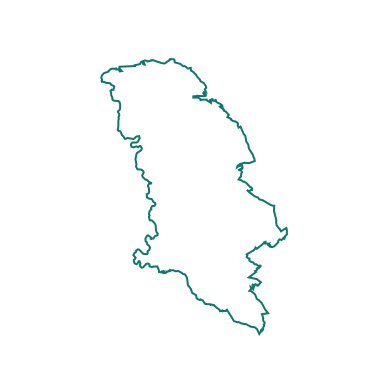 Corcova, Mehedinti, Romania (orthographic projection), rotated 222°
{"feature_id": "2599482B52479565944314", "entity_name": "Corcova", "entity_type": "district", "adm_level": 2, "iso_a3": "ROU", "parent_name": "Romania", "parent_adm1": "Mehedinti", "projection": "orthographic", "projection_center": [23.061, 44.685], "detail": "fine", "context": "isolated", "style": "outline", "palette": "teal", "viewbox_px": 384, "rotation_deg": 222, "n_neighbors": 0, "source": "geoboundaries", "source_scale": "gbopen_adm2", "svg_char_len": 6064}
<svg xmlns="http://www.w3.org/2000/svg" viewBox="0 0 384 384"><g transform="rotate(222 192 192)"><path d="M293.4,278.4L294.5,278.3L297.2,276.1L297.4,275.6L296.8,274.8L297.6,272.8L298.0,270.1L298.5,269.0L300.8,267.5L309.5,263.7L309.8,262.8L310.6,262.5L310.8,261.5L312.4,259.2L313.2,259.3L315.0,258.3L315.9,256.6L312.4,255.0L313.0,254.5L314.0,254.5L316.3,255.4L316.6,255.2L316.9,254.8L316.4,252.0L319.4,247.9L318.7,247.4L329.7,236.6L328.8,235.3L325.1,234.9L326.4,233.3L328.7,234.0L330.3,232.4L331.1,233.0L332.4,231.3L333.3,230.8L334.5,229.4L335.0,226.3L334.8,225.2L336.9,221.6L337.0,218.4L336.0,216.4L333.8,215.1L333.6,214.2L332.8,213.6L331.0,215.0L328.9,215.6L325.8,218.0L323.4,217.6L321.5,218.4L320.3,218.4L318.8,215.3L320.2,214.3L320.2,212.5L318.8,211.8L316.8,209.9L314.2,208.7L313.0,207.5L311.5,207.4L307.3,210.4L306.0,210.3L304.2,209.2L301.0,205.6L300.7,204.3L301.0,202.5L300.8,202.0L298.3,201.2L297.4,200.4L296.5,198.2L295.2,197.3L294.8,196.2L290.6,191.4L288.7,188.4L287.4,188.3L285.8,189.1L282.1,187.5L280.1,187.4L277.4,186.6L276.8,187.3L276.1,189.0L270.9,192.2L270.4,196.1L268.7,198.1L266.8,196.9L265.9,192.9L266.3,191.7L269.5,188.8L269.6,187.6L269.0,186.3L267.4,185.2L266.6,185.3L265.1,186.3L263.9,188.7L262.0,189.3L261.7,191.1L261.1,191.7L258.8,191.1L258.2,190.5L257.8,188.7L258.9,184.2L258.8,183.3L256.0,178.6L251.5,175.1L250.6,173.4L247.8,172.4L244.5,174.8L242.1,174.9L240.9,174.1L240.2,171.1L238.8,170.2L235.3,170.0L233.1,170.9L231.3,170.7L228.3,171.4L228.1,170.9L229.4,169.7L229.1,167.5L228.4,166.7L227.1,166.3L224.3,163.9L223.4,162.1L224.1,160.0L222.0,157.9L219.9,158.1L217.2,159.8L213.8,158.8L212.3,159.2L211.2,158.7L210.7,158.0L210.6,156.8L210.9,156.1L212.2,155.1L211.8,153.0L211.6,152.5L210.7,152.1L210.8,149.8L209.6,147.3L209.3,146.8L207.9,146.3L207.4,144.8L204.4,142.7L202.9,144.0L199.4,143.9L197.5,143.3L195.9,142.2L193.5,139.7L191.3,138.4L189.6,138.2L188.8,136.8L190.0,134.3L189.5,131.6L190.5,130.8L190.8,129.8L191.4,129.6L192.0,130.6L192.8,130.7L195.6,130.4L196.1,129.7L195.5,126.3L193.7,124.5L191.5,124.2L190.4,123.2L188.2,123.3L186.0,122.6L185.0,120.5L185.3,118.1L183.9,116.8L183.8,116.0L184.6,115.0L186.6,113.5L192.3,113.8L193.2,113.7L194.0,112.9L194.3,111.0L193.5,110.2L193.9,108.3L193.2,105.8L189.9,105.4L189.5,103.8L189.8,102.5L188.2,101.2L186.9,100.6L184.9,101.2L184.6,102.2L185.3,104.8L184.7,105.4L182.8,104.7L181.8,103.0L180.6,102.0L178.9,102.0L177.9,103.3L177.9,107.8L177.3,108.9L176.1,109.7L175.1,109.7L173.9,108.3L171.3,109.5L171.0,110.6L167.9,113.5L164.3,111.7L163.0,110.5L160.8,111.9L161.3,112.7L160.1,114.3L158.8,113.7L159.1,113.1L159.6,113.2L160.0,112.7L159.8,112.4L158.9,112.7L157.5,114.1L157.3,115.2L157.7,115.7L157.2,115.8L156.4,117.3L156.6,117.7L155.7,118.0L155.5,118.5L156.1,119.4L155.0,119.9L153.7,121.2L151.2,122.1L149.3,124.1L145.6,125.1L143.8,125.1L142.4,126.0L140.7,125.8L138.1,124.7L132.6,120.0L128.0,119.2L124.3,117.1L120.0,118.1L117.8,116.4L116.5,116.1L113.8,117.0L113.8,117.9L111.3,118.6L107.9,117.7L107.0,117.8L103.1,120.9L102.6,120.6L102.0,121.6L100.4,122.0L100.1,122.7L97.9,122.4L92.7,122.9L91.4,122.2L90.7,122.9L90.3,124.2L89.4,123.9L89.0,124.6L87.2,126.1L86.9,127.3L87.4,127.6L87.3,127.9L74.4,124.2L70.9,125.6L70.2,126.6L67.6,127.3L64.5,129.0L64.0,129.8L58.3,131.2L54.4,133.6L51.6,133.5L47.0,131.5L47.5,134.9L48.2,135.3L48.2,136.2L47.0,135.8L47.1,137.0L47.5,137.1L47.6,137.9L48.6,139.2L48.8,140.9L50.0,141.5L49.9,142.7L50.9,143.6L52.8,143.9L55.2,146.2L58.3,148.1L54.3,152.8L59.6,153.8L65.7,156.1L69.7,156.3L72.4,156.0L76.6,158.1L81.6,158.0L83.1,157.0L83.2,159.7L84.6,160.6L81.4,160.7L82.6,162.4L84.7,163.1L84.8,163.7L84.2,163.6L84.3,164.1L83.9,164.4L82.9,164.1L83.1,164.6L82.9,165.1L83.3,165.4L83.1,166.0L81.4,166.5L80.8,166.1L80.3,166.6L80.4,171.0L85.6,170.6L92.6,166.6L90.9,175.4L92.2,175.5L91.6,176.8L91.8,178.0L92.6,178.4L92.5,179.3L91.8,179.4L91.4,180.7L91.4,182.8L91.8,183.1L92.3,182.8L92.8,181.5L95.7,181.3L97.2,180.2L99.6,180.6L101.4,179.6L103.5,179.4L104.8,181.0L106.1,180.3L107.9,180.3L108.6,182.1L109.6,182.3L107.4,189.1L107.1,191.3L107.6,193.3L105.8,193.2L104.4,202.1L104.8,202.6L104.3,203.9L104.1,204.2L103.8,203.9L103.9,203.4L103.0,202.7L101.9,203.8L100.6,204.5L100.3,205.1L100.1,204.2L99.9,204.3L99.5,203.5L99.1,203.6L98.9,204.7L98.2,204.8L98.0,204.7L98.0,203.6L97.4,203.5L95.5,204.8L94.5,206.7L94.3,211.7L94.5,212.7L95.2,213.3L95.3,215.4L93.4,216.2L93.1,217.5L93.4,219.1L92.1,219.1L93.3,221.7L93.1,223.9L95.8,227.0L97.8,228.4L99.6,222.3L102.3,223.3L102.8,223.1L107.0,224.0L109.4,226.0L110.3,227.3L118.3,232.7L121.7,236.8L123.0,235.8L124.8,235.1L134.2,233.1L136.9,231.6L139.2,232.0L142.7,230.7L151.1,230.1L152.5,230.3L150.4,230.7L149.8,231.4L149.7,233.0L148.8,233.8L149.5,234.7L150.9,235.1L152.1,234.6L157.7,235.1L160.1,234.6L160.6,234.0L163.3,233.7L165.7,232.5L166.1,234.6L165.9,236.1L167.9,238.9L168.0,239.9L168.7,240.5L171.0,240.8L171.5,239.7L171.9,239.8L171.3,241.6L170.3,242.6L170.2,243.1L170.9,243.4L170.8,244.1L172.4,245.2L174.7,242.5L175.0,240.6L175.6,241.7L175.3,244.2L172.8,248.6L168.8,251.8L166.1,257.0L168.2,258.7L169.3,258.9L171.7,260.4L177.9,262.1L179.4,262.8L181.7,264.8L185.6,265.9L190.0,269.4L192.3,269.6L199.7,273.0L200.5,271.0L202.9,272.3L203.4,273.4L204.7,273.9L206.5,273.6L209.3,272.2L211.5,271.8L212.0,272.5L215.8,271.3L216.2,273.9L220.8,274.4L222.2,273.8L223.1,273.9L223.3,274.5L228.4,274.0L228.2,275.3L226.2,275.6L227.5,276.6L229.7,276.4L233.9,275.2L235.3,275.5L235.6,276.2L236.2,276.0L236.1,274.9L237.1,274.0L237.9,273.8L238.6,274.7L239.3,274.5L239.6,273.2L239.1,272.7L239.9,272.8L240.2,272.4L239.7,271.2L238.5,271.5L237.7,270.9L242.5,270.0L242.9,270.4L246.1,267.5L247.1,266.0L248.0,266.7L250.0,266.4L251.1,265.9L254.2,263.0L255.0,264.0L252.7,266.3L252.6,266.9L247.0,271.3L246.2,272.7L246.6,273.5L247.3,273.4L247.5,272.9L247.9,272.8L248.2,273.2L248.9,272.6L249.5,272.8L250.0,273.4L250.0,274.1L248.0,275.4L251.2,276.9L251.2,279.0L252.9,280.1L256.1,280.9L259.8,280.0L261.3,280.8L265.1,281.0L267.5,281.9L272.1,282.0L274.1,281.5L275.9,283.4L277.5,281.1L281.7,280.7L282.9,279.5L286.3,279.4L291.6,276.8L293.4,278.4Z" fill="none" stroke="#0f766e" stroke-width="2"/></g></svg>